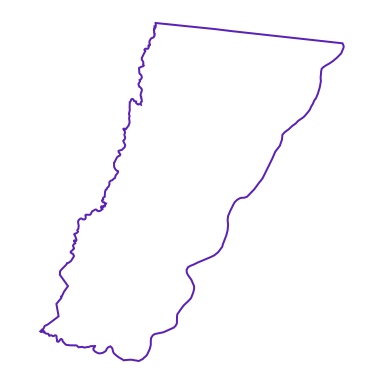 Garay, Santa Fe, Argentina (Albers equal-area conic projection)
{"feature_id": "61730980B46237487976912", "entity_name": "Garay", "entity_type": "district", "adm_level": 2, "iso_a3": "ARG", "parent_name": "Argentina", "parent_adm1": "Santa Fe", "projection": "albers", "projection_center": [-60.292, -31.093], "detail": "fine", "context": "isolated", "style": "outline", "palette": "violet", "viewbox_px": 384, "rotation_deg": 0, "n_neighbors": 0, "source": "geoboundaries", "source_scale": "gbopen_adm2", "svg_char_len": 5826}
<svg xmlns="http://www.w3.org/2000/svg" viewBox="0 0 384 384"><path d="M227.6,230.4L228.1,224.7L227.6,220.1L228.1,216.0L230.2,211.0L233.4,204.5L234.6,202.3L236.9,200.0L239.7,198.3L241.5,197.8L244.3,197.7L247.1,196.7L254.5,189.0L259.6,182.0L260.4,181.2L262.7,178.1L272.3,158.6L275.3,151.6L279.8,145.9L282.0,139.5L282.4,134.8L284.6,132.3L288.8,129.2L292.4,125.8L295.6,123.6L298.2,120.8L303.5,117.2L305.5,115.1L308.1,112.0L309.8,109.7L311.2,106.6L313.2,103.2L314.1,100.7L316.0,98.2L317.9,93.6L319.8,87.2L320.9,81.0L320.6,77.6L320.9,74.8L321.1,71.6L321.7,68.7L323.4,67.1L326.0,65.4L329.5,63.4L332.9,61.1L336.5,58.1L340.4,54.2L341.3,53.1L343.5,47.8L343.7,46.8L343.5,45.6L342.5,43.3L231.5,31.1L215.2,29.1L155.6,23.0L155.8,25.6L154.6,26.2L155.1,26.8L155.6,26.9L155.6,27.2L154.8,28.1L154.8,28.6L154.7,28.6L154.4,28.3L154.1,28.3L154.1,28.6L154.5,28.7L154.5,28.8L154.1,29.0L154.0,29.7L154.0,30.9L154.2,31.4L154.0,32.2L154.2,32.5L154.2,33.0L154.8,33.9L154.3,34.8L154.6,35.6L153.9,36.5L153.7,37.3L153.4,37.5L151.4,38.2L150.4,39.4L149.5,41.2L149.4,42.9L149.9,44.4L150.0,45.0L149.6,45.3L148.8,45.2L148.5,45.5L148.4,46.4L148.8,46.9L148.3,48.4L147.5,48.8L146.9,48.8L146.1,48.6L145.7,48.7L145.2,48.8L144.8,49.2L144.4,49.8L144.6,50.3L145.3,50.8L145.3,51.2L144.8,52.0L144.5,52.7L144.0,53.4L142.5,56.6L141.8,57.8L141.8,59.5L143.2,61.9L143.4,63.0L143.1,64.4L143.2,64.8L143.5,65.2L143.8,65.4L143.7,65.7L142.9,66.3L140.7,67.0L139.0,68.1L139.4,73.1L139.7,73.8L140.5,74.3L141.2,75.4L141.7,76.3L141.8,77.4L141.4,78.5L140.8,79.3L139.6,80.0L140.1,81.0L139.0,83.1L138.5,83.8L138.6,84.8L139.4,86.9L140.3,87.3L141.6,88.9L141.9,90.0L141.6,91.5L140.9,93.3L140.6,95.4L140.6,95.8L141.2,96.8L141.3,97.2L141.0,97.9L141.4,98.5L141.7,99.4L141.6,100.1L141.9,101.2L141.8,101.6L141.0,102.1L140.9,102.3L140.7,103.6L140.9,104.6L139.8,104.1L139.2,104.1L138.5,104.2L138.2,104.5L137.8,104.4L136.2,103.1L136.1,102.7L136.2,101.9L136.0,101.4L135.6,101.3L134.3,101.2L133.7,100.4L133.5,99.7L133.2,99.3L132.5,99.0L132.0,99.0L131.2,99.5L130.7,101.0L130.1,101.9L129.7,102.2L129.8,102.8L129.6,107.5L129.8,110.1L129.0,113.6L129.1,114.5L129.6,116.0L129.1,118.0L129.6,122.3L129.3,123.7L128.8,124.4L128.7,125.3L128.5,125.7L126.7,128.0L126.1,129.0L125.7,129.1L124.8,128.7L123.8,128.7L123.4,129.0L123.8,130.1L124.8,131.0L125.0,132.9L124.4,134.3L124.4,135.1L124.7,136.2L125.2,137.3L124.6,139.5L123.3,140.7L123.4,141.4L125.2,145.0L124.6,147.3L121.8,149.9L119.5,150.5L118.5,151.0L118.7,152.3L119.4,153.0L120.3,154.5L119.7,155.7L118.7,156.0L117.2,157.1L115.8,159.6L114.8,161.9L114.0,162.7L114.0,163.7L114.1,164.9L114.2,167.2L115.6,169.6L116.8,170.7L117.5,170.9L118.1,171.3L117.9,172.4L117.3,173.5L115.7,175.3L114.9,178.1L113.9,178.6L112.1,180.3L111.0,180.6L109.8,181.5L109.5,182.1L109.3,183.0L109.5,183.9L109.4,184.6L108.6,186.6L107.3,187.8L107.0,188.3L106.8,189.0L106.4,189.5L105.7,189.7L105.5,190.7L105.1,191.4L104.9,194.3L104.7,195.1L104.9,196.3L104.7,196.8L103.2,197.7L103.0,198.7L103.0,199.1L103.2,199.4L103.0,199.9L102.1,200.2L102.0,200.5L102.1,200.9L102.6,201.9L102.9,202.2L103.3,202.4L104.0,202.3L104.3,202.4L104.9,202.9L104.8,203.3L105.0,203.5L106.0,203.6L105.7,204.2L105.0,204.7L105.1,205.6L105.0,206.0L104.6,205.8L103.5,205.9L102.7,206.5L103.2,207.3L102.4,207.6L102.0,207.4L101.9,206.8L102.0,206.5L102.0,206.3L101.7,206.3L101.3,206.4L101.0,207.2L101.2,207.7L101.3,208.1L102.2,208.9L102.4,209.2L101.5,209.7L101.2,210.2L100.6,210.6L99.3,211.1L98.5,211.2L97.3,210.8L96.5,209.7L95.6,209.5L94.8,209.8L93.4,210.7L92.3,211.2L91.3,212.8L91.1,213.5L90.5,214.4L89.9,214.8L86.0,214.7L85.4,215.3L85.8,217.7L85.1,219.1L84.2,219.5L82.8,219.3L81.5,218.5L80.6,218.6L79.7,219.1L78.5,220.4L78.1,221.5L78.2,223.2L78.7,225.8L78.3,228.9L77.6,229.6L77.3,230.4L78.0,231.5L77.6,232.3L76.2,233.3L75.0,233.7L74.2,234.3L75.1,235.9L76.2,238.9L76.4,239.4L76.4,240.3L76.1,240.9L75.8,240.9L74.6,240.4L74.3,240.5L74.0,240.7L74.0,241.2L75.2,242.9L75.3,243.3L73.8,244.2L73.0,245.6L73.1,246.2L73.4,246.7L73.7,247.9L74.0,248.2L74.0,248.5L73.9,248.8L73.3,249.1L72.6,250.1L71.7,250.8L70.7,251.7L70.7,252.3L71.0,252.9L72.1,253.5L72.9,253.8L74.0,256.0L73.5,257.0L71.0,261.0L68.5,262.8L66.9,263.2L66.5,264.4L61.4,269.6L60.0,271.4L60.0,273.2L59.8,274.7L68.0,286.1L64.0,291.7L61.5,297.0L61.1,296.9L61.3,298.0L56.4,303.9L58.6,316.3L47.9,324.4L44.8,325.9L44.3,326.7L43.8,328.1L43.2,329.0L42.1,329.5L40.3,331.4L41.0,332.0L41.4,332.0L42.8,331.5L43.4,332.0L43.5,331.6L43.4,331.1L43.6,331.0L44.3,331.5L44.6,332.0L44.7,332.5L45.0,332.9L45.5,333.2L46.1,333.6L48.0,333.8L48.4,334.0L48.9,334.5L49.0,335.4L49.2,335.7L49.6,335.8L50.4,335.4L51.2,335.2L52.6,336.0L53.3,336.1L54.0,335.9L54.9,335.4L55.5,335.3L56.0,335.5L56.4,336.0L56.6,336.6L56.5,337.7L57.0,339.6L56.9,341.0L57.3,341.5L58.0,341.8L58.8,341.5L60.7,339.1L61.1,339.0L61.6,339.1L62.0,339.5L62.4,340.0L62.7,341.3L63.1,341.8L65.6,344.5L66.5,344.9L70.0,345.3L74.5,345.4L75.5,345.3L77.0,345.7L78.5,347.2L82.6,346.9L84.4,347.6L86.8,347.1L88.5,347.0L91.0,346.1L93.7,346.1L94.6,345.9L95.0,346.0L94.7,347.0L93.4,348.5L93.4,349.8L95.1,351.6L96.9,352.6L98.5,353.3L100.6,353.3L102.9,352.8L104.7,351.7L105.9,350.8L107.0,348.5L108.1,347.4L109.1,346.8L110.5,346.4L112.0,347.9L112.4,348.7L113.1,351.7L113.9,353.3L116.2,355.4L118.6,357.2L124.0,360.4L124.9,360.1L130.2,359.7L132.8,359.9L135.0,360.4L135.9,360.4L138.3,361.0L139.7,360.6L142.9,358.9L143.8,357.9L146.3,355.8L147.3,354.3L148.0,352.7L149.1,350.5L149.9,348.5L150.8,344.8L150.8,340.8L151.1,338.0L152.3,336.0L153.2,335.0L154.9,334.0L163.3,332.3L173.8,327.6L175.6,325.8L176.9,323.4L177.0,316.5L177.3,314.3L182.0,307.6L184.2,304.9L188.5,300.9L191.1,298.0L193.2,292.6L194.1,289.0L194.1,286.2L191.3,279.7L188.0,275.1L186.8,272.6L186.6,269.8L188.1,267.1L190.3,265.9L194.2,264.3L198.0,262.4L210.0,257.4L214.2,255.4L218.2,252.2L222.1,247.0L222.6,245.6L222.6,245.0L226.3,235.4L227.6,230.4Z" fill="none" stroke="#5b21b6" stroke-width="2"/></svg>